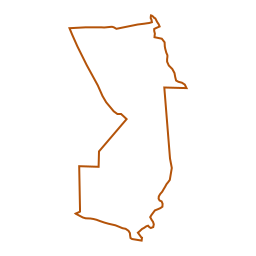 Sepang, Selangor, Malaysia (Mercator projection)
{"feature_id": "92858781B54424141725992", "entity_name": "Sepang", "entity_type": "district", "adm_level": 2, "iso_a3": "MYS", "parent_name": "Malaysia", "parent_adm1": "Selangor", "projection": "mercator", "projection_center": [101.701, 2.798], "detail": "fine", "context": "isolated", "style": "outline", "palette": "amber", "viewbox_px": 256, "rotation_deg": 0, "n_neighbors": 0, "source": "geoboundaries", "source_scale": "gbopen_adm2", "svg_char_len": 1611}
<svg xmlns="http://www.w3.org/2000/svg" viewBox="0 0 256 256"><path d="M186.5,88.1L184.8,84.6L181.9,82.7L178.4,81.8L176.1,80.5L175.2,77.0L174.5,73.1L172.3,69.0L168.8,65.5L168.0,63.7L167.1,61.7L167.1,59.2L167.4,56.9L167.4,55.2L166.3,52.7L165.9,51.2L165.2,48.6L164.8,46.4L164.6,42.3L161.8,38.7L154.5,37.2L154.6,35.7L154.9,33.7L154.2,30.9L154.2,29.0L155.7,28.2L159.6,26.5L158.7,24.3L157.1,21.9L155.3,18.4L153.8,17.6L153.4,16.8L151.7,15.6L151.0,15.4L150.8,16.5L150.7,18.1L151.5,19.8L151.9,22.2L149.2,23.0L146.9,23.3L144.3,23.7L137.7,24.5L116.4,28.8L114.0,27.4L112.6,26.9L111.3,26.8L104.3,27.5L100.7,27.3L98.6,27.3L95.8,27.3L93.7,27.3L91.2,27.3L88.9,27.3L86.1,27.3L69.5,28.2L72.1,34.5L77.4,46.4L86.7,65.1L97.8,85.4L102.5,96.0L106.2,102.3L113.7,111.3L117.4,114.0L121.1,114.0L126.6,119.1L99.0,151.4L98.6,166.8L79.2,166.2L80.0,208.9L80.0,211.6L78.4,212.4L75.6,213.6L75.8,213.8L75.5,213.6L82.9,217.5L85.7,218.3L90.4,218.5L93.5,219.0L96.6,219.8L99.8,221.0L104.5,222.6L108.4,223.7L111.9,224.5L115.4,225.3L118.9,226.7L122.5,228.2L125.6,228.8L128.5,230.8L129.9,233.1L130.1,235.3L130.5,238.0L132.0,239.0L141.6,240.6L142.0,237.7L141.2,237.2L139.1,234.3L137.9,232.7L139.9,231.0L142.0,229.0L144.2,227.8L146.3,226.3L148.1,225.7L149.3,227.1L150.8,228.0L153.2,227.1L153.8,224.3L153.0,221.8L151.6,219.8L150.2,217.1L151.4,215.1L153.4,212.4L154.9,210.4L157.7,209.3L160.4,208.1L162.4,206.7L162.6,203.8L161.6,201.4L159.6,200.5L158.6,198.7L158.8,196.4L160.2,194.0L162.2,191.7L163.7,189.1L165.1,186.8L166.5,184.2L168.2,182.1L169.8,179.9L171.8,168.0L170.0,158.5L164.3,87.5L186.5,88.1Z" fill="none" stroke="#b45309" stroke-width="2"/></svg>